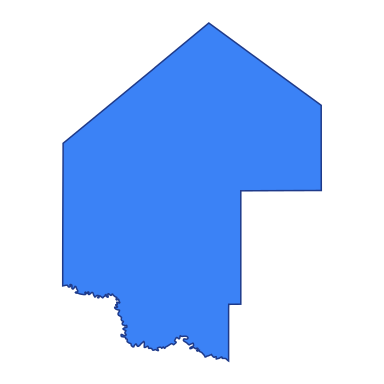 Pirane, Formosa, Argentina (Mercator projection)
{"feature_id": "61730980B72104600250977", "entity_name": "Pirane", "entity_type": "district", "adm_level": 2, "iso_a3": "ARG", "parent_name": "Argentina", "parent_adm1": "Formosa", "projection": "mercator", "projection_center": [-59.332, -25.781], "detail": "fine", "context": "isolated", "style": "filled", "palette": "blue", "viewbox_px": 384, "rotation_deg": 0, "n_neighbors": 0, "source": "geoboundaries", "source_scale": "gbopen_adm2", "svg_char_len": 5961}
<svg xmlns="http://www.w3.org/2000/svg" viewBox="0 0 384 384"><path d="M240.8,304.2L240.8,257.6L240.8,248.2L240.8,242.4L240.8,241.2L240.8,190.8L287.4,190.6L321.3,190.5L321.2,152.2L321.2,136.5L321.2,109.1L321.2,106.4L321.2,105.3L249.9,53.2L208.8,23.0L155.3,67.3L154.1,68.4L63.1,143.3L63.1,154.2L62.8,223.2L62.7,255.3L62.7,283.9L62.7,285.9L63.8,285.7L64.8,285.5L65.6,285.3L66.5,285.2L66.9,285.2L67.2,285.2L67.6,285.5L67.9,286.0L68.1,286.3L68.2,286.6L68.4,286.9L69.0,287.0L69.7,287.0L70.3,286.6L70.5,286.2L70.1,285.5L69.9,284.9L70.5,284.5L71.1,284.6L71.8,285.1L72.0,286.2L71.9,287.4L71.9,288.3L72.2,288.7L72.6,289.0L73.1,289.0L73.4,288.8L74.0,288.1L74.6,287.2L75.0,286.4L75.4,286.4L75.7,286.5L76.0,286.9L76.2,287.5L76.8,289.0L77.5,290.2L77.8,290.9L77.8,291.3L77.6,291.6L77.1,291.9L75.8,292.0L75.4,292.5L75.9,293.0L76.5,293.1L77.5,293.1L78.3,293.3L79.1,293.7L80.2,294.0L81.9,294.3L83.9,294.6L85.1,294.6L85.7,294.3L85.7,293.9L85.4,293.7L85.0,293.1L84.9,292.6L85.1,292.3L85.4,292.1L85.7,292.2L86.1,292.6L86.4,293.0L86.9,293.3L87.2,293.2L87.5,293.0L87.5,292.6L87.8,292.2L88.1,291.9L88.4,292.0L88.7,292.1L88.9,292.4L88.9,292.7L88.4,293.4L88.3,294.0L88.5,294.4L88.9,294.5L89.5,294.4L89.9,294.1L91.7,292.5L92.1,292.4L92.5,292.6L93.0,293.0L93.7,295.1L94.4,296.3L94.7,296.9L94.8,296.9L95.0,297.0L95.4,296.8L96.6,295.6L97.6,295.4L98.1,295.4L98.3,295.6L98.3,296.1L97.9,297.2L97.7,297.6L98.0,297.8L98.4,297.8L98.7,297.8L99.0,297.3L99.2,296.8L99.4,296.1L99.7,295.8L100.0,295.9L101.5,297.0L102.1,297.5L102.6,297.8L103.1,297.6L103.4,297.0L103.8,296.6L104.4,296.4L104.9,295.8L105.3,294.9L105.8,294.5L106.0,294.5L106.3,295.1L106.1,295.8L106.3,296.4L107.0,296.9L107.5,297.2L108.0,297.2L108.2,296.7L108.0,295.8L107.8,294.6L108.0,294.0L108.2,293.7L108.5,293.7L108.7,293.8L109.0,294.0L109.5,294.4L110.5,295.3L111.2,295.3L112.1,294.1L112.4,294.1L112.8,294.3L113.0,294.7L113.3,295.3L113.8,295.6L114.8,296.4L115.4,296.9L116.2,297.2L116.7,297.4L116.8,297.7L116.6,298.4L116.0,299.1L116.5,299.9L116.8,300.0L117.1,299.9L117.5,299.5L117.7,299.2L118.0,299.2L118.4,299.2L118.6,299.4L118.8,299.8L118.9,300.8L119.1,301.2L119.3,301.6L119.6,302.0L119.8,302.5L119.5,303.0L119.0,302.9L117.9,302.5L117.1,302.2L116.9,302.2L116.8,302.5L116.8,303.1L117.2,303.8L117.3,304.3L117.1,304.7L116.7,304.8L116.3,304.7L115.8,304.8L115.8,305.3L116.3,305.8L117.0,306.3L117.4,306.5L117.5,306.9L117.3,307.2L117.0,307.3L116.2,307.2L115.5,307.2L114.7,307.3L114.7,307.7L114.8,308.0L115.4,308.7L116.2,309.3L117.4,309.7L118.2,309.9L119.2,310.1L119.5,310.3L119.5,310.7L119.3,311.4L118.9,312.0L118.4,312.8L118.1,313.4L118.1,314.5L118.6,315.3L119.8,315.9L121.5,317.4L121.2,319.5L121.6,320.4L122.0,320.8L122.9,321.1L123.2,321.4L123.4,321.6L123.2,322.1L122.3,323.0L122.2,323.5L122.2,324.0L122.6,324.7L123.0,325.0L123.6,325.1L124.1,325.2L124.4,325.6L125.0,326.1L125.6,325.6L126.2,325.3L126.7,325.5L126.9,326.4L126.8,327.3L124.6,327.8L123.6,328.3L123.0,328.9L123.4,329.4L124.3,329.9L125.1,330.2L125.9,330.8L125.8,331.0L125.5,331.4L125.2,331.9L125.0,332.4L124.9,332.8L124.9,333.1L125.4,333.8L125.8,334.2L126.1,334.5L126.1,334.9L125.9,335.2L125.5,335.4L124.5,335.5L123.5,335.3L122.6,334.8L121.8,334.4L121.2,334.5L121.0,335.0L121.2,336.1L121.4,336.5L122.1,336.7L124.1,337.0L124.9,337.1L125.6,337.5L125.6,338.2L125.6,338.5L125.8,338.8L126.3,338.9L126.9,339.1L127.3,339.6L127.2,340.1L127.1,341.0L127.2,341.7L127.6,342.0L128.2,342.4L129.0,343.0L130.1,343.3L130.9,343.8L131.1,344.1L131.2,345.1L131.4,345.7L132.7,346.8L133.3,346.9L133.8,346.8L134.1,345.9L135.3,344.4L135.7,344.0L136.1,344.0L136.4,344.2L136.7,345.0L137.0,345.7L137.7,346.3L138.2,346.3L138.7,346.2L139.2,345.7L139.7,345.4L140.1,344.9L140.5,344.4L140.9,344.0L141.5,343.4L142.2,342.8L143.0,342.1L143.5,341.5L143.8,341.5L144.2,342.2L144.4,342.8L144.3,343.5L144.4,343.9L144.2,345.3L144.2,346.1L144.3,347.2L144.3,347.3L144.9,347.5L145.4,347.3L147.3,346.3L147.7,346.2L148.0,346.4L148.3,347.0L148.5,347.9L148.9,348.4L149.5,348.3L151.0,348.3L151.5,348.5L151.9,348.8L152.3,349.6L152.7,350.1L153.3,350.2L154.0,350.1L154.7,349.7L155.8,349.6L156.4,350.1L157.5,350.4L158.0,350.7L158.4,350.4L158.0,349.4L157.4,348.1L157.7,347.8L158.4,347.5L159.5,347.2L160.4,347.2L160.9,347.4L161.4,347.9L161.6,348.2L161.9,348.1L162.5,347.8L162.8,347.3L163.2,347.0L163.4,347.1L163.7,347.3L164.0,347.8L164.4,348.2L164.7,348.3L165.0,348.1L165.5,347.2L166.3,346.6L167.0,346.4L167.9,345.8L169.2,345.0L170.5,344.1L171.2,343.7L171.7,343.7L172.3,343.8L172.8,344.1L173.4,344.7L174.0,344.5L176.1,342.6L176.1,342.3L176.0,341.9L175.7,341.7L174.7,341.1L174.6,340.8L175.3,339.2L175.7,338.7L176.0,338.0L176.7,337.5L177.5,337.7L178.4,338.6L178.9,338.8L179.3,338.8L179.6,338.4L179.9,337.6L180.0,336.2L180.3,335.8L180.6,336.0L181.4,336.3L182.4,336.4L184.2,336.2L185.6,336.2L186.7,336.4L187.5,337.0L187.9,337.5L188.0,337.8L187.9,338.4L187.6,338.7L187.0,339.1L186.1,339.3L185.2,339.0L184.0,338.9L183.5,339.6L183.4,340.4L183.7,340.9L184.3,341.4L184.9,341.7L185.6,342.1L186.9,343.0L187.9,344.0L189.1,344.9L189.9,344.5L192.8,343.2L193.3,343.4L193.5,344.4L193.6,345.5L193.1,346.4L192.5,346.3L191.5,346.9L191.0,347.1L190.5,347.4L190.1,347.7L189.9,348.1L190.0,348.6L190.8,348.7L191.6,348.3L192.9,347.6L193.7,347.6L194.3,347.8L194.9,348.3L195.4,348.7L196.0,348.6L196.8,348.2L197.4,348.2L197.7,348.3L198.0,348.6L197.9,349.1L197.7,349.6L196.9,350.0L196.7,350.6L197.3,351.1L198.0,351.0L198.7,350.3L199.4,350.2L199.4,351.1L199.7,351.6L200.4,351.8L201.1,352.2L202.0,352.7L202.7,353.7L203.6,354.4L204.0,355.1L204.7,356.1L205.1,357.0L205.9,356.9L206.8,356.2L208.4,355.8L210.3,355.0L211.5,354.5L211.8,355.2L212.2,355.7L212.9,356.4L213.4,357.0L214.3,357.3L215.2,356.8L216.1,356.7L216.2,357.4L216.2,358.3L216.2,358.9L216.6,359.0L217.2,358.7L218.8,358.4L219.7,358.0L220.7,357.3L221.6,357.0L222.0,357.2L222.2,357.6L222.1,358.1L222.4,358.4L222.7,358.4L223.5,358.4L224.9,358.4L225.8,358.6L227.0,359.7L227.8,360.5L228.6,361.0L228.6,359.4L228.6,332.2L228.6,309.0L228.7,304.3L240.8,304.2Z" fill="#3b82f6" stroke="#1e3a8a" stroke-width="1.5"/></svg>